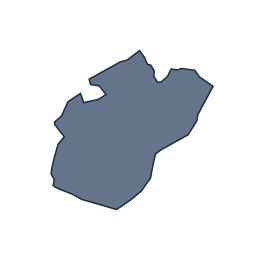 Madarounfa, Maradi, Niger (orthographic projection), rotated 327°
{"feature_id": "23599985B10786712449018", "entity_name": "Madarounfa", "entity_type": "district", "adm_level": 2, "iso_a3": "NER", "parent_name": "Niger", "parent_adm1": "Maradi", "projection": "orthographic", "projection_center": [7.181, 13.281], "detail": "fine", "context": "isolated", "style": "filled", "palette": "slate", "viewbox_px": 256, "rotation_deg": 327, "n_neighbors": 0, "source": "geoboundaries", "source_scale": "gbopen_adm2", "svg_char_len": 766}
<svg xmlns="http://www.w3.org/2000/svg" viewBox="0 0 256 256"><g transform="rotate(327 128 128)"><path d="M120.3,71.1L126.7,76.9L127.8,87.9L118.7,87.9L104.7,82.6L107.0,73.1L91.9,73.3L83.2,78.9L78.8,81.7L69.8,83.0L68.4,85.0L69.8,100.6L60.6,103.5L49.4,113.2L41.8,120.7L38.4,124.7L38.1,131.1L34.0,135.3L34.5,137.4L37.0,141.7L45.4,153.4L50.3,162.7L74.0,190.1L91.9,189.7L104.9,188.1L119.6,182.3L128.1,173.3L137.0,164.7L144.3,164.3L174.7,166.4L189.8,159.4L193.7,154.9L222.0,139.4L215.8,124.0L215.4,115.9L205.1,107.1L200.9,106.2L196.3,102.0L189.3,106.2L180.9,107.5L177.6,105.7L177.9,98.7L181.1,94.4L181.3,87.7L179.1,85.2L180.2,77.5L179.8,69.4L163.9,70.5L157.4,68.3L146.1,67.6L129.2,66.4L122.0,65.9L120.3,71.1Z" fill="#64748b" stroke="#1e293b" stroke-width="1.5"/></g></svg>